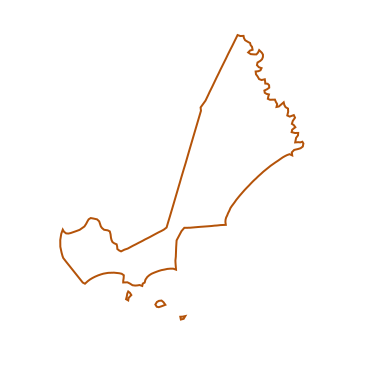 outline of Cabo Frio, Rio de Janeiro, Brazil, rotated 51°
{"feature_id": "56859067B63803559021809", "entity_name": "Cabo Frio", "entity_type": "district", "adm_level": 2, "iso_a3": "BRA", "parent_name": "Brazil", "parent_adm1": "Rio de Janeiro", "projection": "mercator", "projection_center": [-42.045, -22.737], "detail": "fine", "context": "isolated", "style": "outline", "palette": "amber", "viewbox_px": 384, "rotation_deg": 51, "n_neighbors": 0, "source": "geoboundaries", "source_scale": "gbopen_adm2", "svg_char_len": 3585}
<svg xmlns="http://www.w3.org/2000/svg" viewBox="0 0 384 384"><g transform="rotate(51 192 192)"><path d="M131.7,132.1L134.5,133.9L155.6,164.5L158.3,168.4L165.7,179.0L169.2,184.2L174.2,191.5L177.3,195.9L178.8,198.1L180.2,200.1L192.5,217.9L194.0,220.1L197.1,224.6L199.4,228.0L201.6,231.2L203.6,234.1L203.5,237.7L203.0,240.4L202.3,243.4L201.7,246.5L201.1,249.7L200.5,253.0L199.9,255.8L199.3,258.4L198.9,260.8L198.4,263.3L197.9,265.5L197.3,268.6L196.6,271.7L196.1,274.4L195.5,277.6L194.3,280.8L193.5,284.5L191.6,285.4L189.3,285.9L187.3,284.5L185.2,283.5L183.0,284.7L180.9,285.3L178.8,284.8L176.6,283.8L173.6,281.9L170.9,280.7L168.8,281.6L166.0,284.1L163.4,284.6L161.4,284.5L158.8,283.5L156.4,282.6L153.5,283.0L150.6,285.3L148.5,287.1L148.2,289.5L149.0,291.7L150.1,294.2L151.1,297.3L150.7,303.1L150.0,305.2L149.2,307.5L148.3,310.0L147.5,312.2L146.5,314.2L144.9,315.9L142.2,316.5L139.9,316.1L142.2,319.9L146.4,324.6L151.7,328.8L157.0,331.5L160.2,332.9L162.3,333.6L167.1,333.7L181.4,333.8L193.6,333.9L195.9,332.9L195.7,329.2L195.8,326.4L196.2,323.5L196.8,320.7L197.7,317.5L198.7,314.7L199.7,312.3L200.8,310.3L202.1,308.0L204.0,305.5L205.6,303.4L207.5,301.5L209.3,299.7L211.3,298.1L213.8,297.4L215.9,299.3L217.5,301.1L219.0,302.4L220.2,300.8L221.6,299.0L224.0,297.9L227.0,296.9L229.0,295.0L230.3,293.1L231.3,291.3L233.7,289.8L232.2,287.9L232.6,285.8L230.8,283.3L229.9,280.2L229.8,277.5L230.1,274.9L230.8,272.4L231.6,269.9L232.5,267.3L233.5,264.9L234.9,262.3L236.3,259.5L238.0,257.0L239.7,254.9L242.3,253.3L236.8,249.5L234.9,248.1L232.1,245.3L225.0,239.1L219.9,234.4L215.8,224.8L215.0,220.5L218.4,216.2L222.5,210.1L224.2,207.6L228.4,201.6L230.8,198.1L232.3,195.7L233.8,193.6L235.7,190.6L238.8,186.4L236.3,184.9L234.6,183.3L233.3,181.5L232.4,179.5L231.2,177.4L230.0,174.7L228.7,172.3L228.0,170.1L227.4,167.7L226.8,165.3L226.0,162.6L225.3,159.3L224.8,156.9L224.4,154.6L224.0,152.3L223.6,150.0L223.2,147.0L222.8,143.5L222.4,140.7L222.1,138.2L221.9,136.0L221.8,133.9L221.5,130.8L221.3,126.9L221.1,123.7L221.1,120.9L221.1,117.2L221.1,114.3L221.3,111.5L221.5,108.5L221.8,105.5L222.0,102.4L222.2,99.7L222.6,97.3L223.1,95.0L224.0,92.4L226.6,91.1L224.0,89.5L223.6,86.1L225.3,82.6L226.3,80.1L226.4,77.3L224.4,74.9L222.4,74.6L221.6,76.6L220.2,78.0L218.4,80.6L215.4,77.0L214.7,74.0L212.9,72.3L210.9,74.9L208.2,76.9L206.6,74.9L206.7,70.9L204.0,70.8L201.9,71.5L200.2,69.0L199.1,65.2L196.3,64.5L194.9,68.6L192.5,69.8L190.2,66.8L187.6,64.9L184.9,65.9L182.5,65.5L180.0,64.3L180.1,67.2L180.2,70.7L179.1,72.8L177.3,70.5L174.6,70.1L172.4,69.4L170.8,71.5L169.3,73.4L167.3,74.4L165.9,72.7L164.6,70.8L162.7,72.3L160.7,73.0L158.7,71.9L159.4,68.9L159.5,66.3L157.5,64.9L155.5,65.1L153.8,66.8L152.1,65.6L150.2,64.5L148.8,67.4L146.5,68.8L143.5,68.3L140.8,68.2L138.4,66.7L139.9,64.4L140.5,62.2L139.5,60.0L137.1,61.5L134.3,61.7L132.6,59.6L133.1,56.3L132.9,54.0L131.7,51.9L129.9,50.4L127.7,50.1L124.0,50.5L125.2,52.9L125.6,55.3L124.0,57.3L121.8,59.6L118.9,60.5L118.6,57.8L119.6,55.4L116.9,54.0L114.7,54.0L112.7,53.1L111.0,53.9L107.5,55.2L104.9,54.7L103.1,53.7L101.2,56.3L98.7,57.8L100.1,60.8L101.2,63.2L102.5,66.0L103.7,68.6L105.2,72.0L107.6,77.3L109.7,81.7L112.3,87.4L114.9,93.1L116.4,96.2L118.6,101.0L122.7,109.6L125.5,115.7L126.6,117.9L129.5,124.0L131.7,132.1ZM260.6,290.3L261.7,287.4L262.9,283.7L259.7,283.5L257.2,284.0L255.8,286.2L255.4,288.5L256.4,291.3L259.0,291.6L260.6,290.3ZM236.1,309.8L234.4,307.9L233.9,304.0L231.2,303.7L229.2,304.2L230.2,306.2L232.3,308.6L233.8,310.7L236.1,309.8ZM285.3,278.3L284.2,275.3L283.0,277.7L281.6,279.6L284.1,280.9L285.3,278.3Z" fill="none" stroke="#b45309" stroke-width="2"/></g></svg>